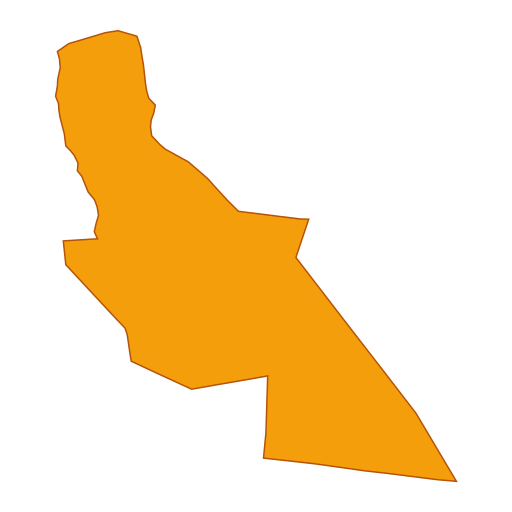 Sussuapara, Piauí, Brazil
{"feature_id": "56859067B50131316472878", "entity_name": "Sussuapara", "entity_type": "district", "adm_level": 2, "iso_a3": "BRA", "parent_name": "Brazil", "parent_adm1": "Piauí", "projection": "robinson", "projection_center": [-41.387, -7.006], "detail": "fine", "context": "isolated", "style": "filled", "palette": "amber", "viewbox_px": 512, "rotation_deg": 0, "n_neighbors": 0, "source": "geoboundaries", "source_scale": "gbopen_adm2", "svg_char_len": 988}
<svg xmlns="http://www.w3.org/2000/svg" viewBox="0 0 512 512"><path d="M118.0,30.7L105.3,32.7L68.8,43.6L57.4,51.4L59.5,59.2L60.2,67.7L57.7,79.6L57.4,85.8L55.6,96.3L58.5,103.5L58.9,110.2L60.0,117.1L64.3,133.7L65.8,145.9L70.6,150.8L74.2,155.4L78.0,163.0L77.4,170.8L81.9,176.5L84.9,184.0L88.2,192.1L94.6,199.9L97.2,207.1L98.5,215.3L96.0,223.9L94.3,231.7L97.5,238.8L63.3,240.9L65.8,264.7L110.7,313.0L117.0,319.7L125.1,328.2L127.2,334.5L129.9,353.1L131.2,361.2L149.4,369.7L161.0,375.1L191.6,389.2L219.4,384.3L229.1,382.7L267.7,375.9L265.9,433.3L263.5,458.1L315.6,463.9L364.5,470.8L385.8,473.2L437.6,479.7L456.4,481.3L416.0,413.3L381.6,368.6L351.9,330.3L295.9,257.5L308.7,219.2L300.1,219.0L238.4,211.3L227.2,200.1L213.8,185.5L207.7,178.6L188.4,161.9L180.9,157.8L165.2,149.1L159.6,144.3L151.7,135.8L150.5,126.7L151.2,120.0L153.8,112.9L155.3,105.1L148.8,98.3L146.7,91.1L145.5,83.5L143.4,64.6L141.9,55.9L140.7,47.7L136.9,36.2L118.0,30.7Z" fill="#f59e0b" stroke="#b45309" stroke-width="1.5"/></svg>